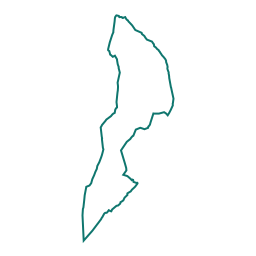 Santa María Tlalixtac, Oaxaca, Mexico (Equal Earth projection)
{"feature_id": "50627088B20001539199633", "entity_name": "Santa María Tlalixtac", "entity_type": "district", "adm_level": 2, "iso_a3": "MEX", "parent_name": "Mexico", "parent_adm1": "Oaxaca", "projection": "equal_earth", "projection_center": [-96.736, 17.917], "detail": "fine", "context": "isolated", "style": "outline", "palette": "teal", "viewbox_px": 256, "rotation_deg": 0, "n_neighbors": 0, "source": "geoboundaries", "source_scale": "gbopen_adm2", "svg_char_len": 2604}
<svg xmlns="http://www.w3.org/2000/svg" viewBox="0 0 256 256"><path d="M116.4,15.4L115.9,16.0L115.6,16.4L115.4,16.7L115.2,17.0L114.9,18.2L114.6,21.5L113.5,29.7L113.3,31.8L113.4,32.1L112.2,34.9L109.8,42.3L108.1,49.3L108.2,50.3L109.3,51.1L110.2,54.6L111.0,55.1L112.8,56.8L114.9,55.7L117.0,59.3L117.1,60.5L117.7,64.1L117.8,64.5L118.7,67.0L118.6,67.9L119.8,72.6L117.6,82.7L118.0,86.0L118.0,87.4L117.8,90.5L117.5,92.4L117.3,94.2L116.5,102.1L117.0,106.2L117.0,107.5L116.3,108.0L115.3,109.5L114.7,112.9L113.9,113.3L113.3,113.6L112.3,114.5L111.0,116.1L106.3,119.6L105.5,120.8L102.0,125.0L101.4,126.3L100.7,127.4L101.7,136.2L101.7,136.4L102.1,138.4L101.9,138.8L102.9,147.6L102.9,147.8L103.4,149.3L102.9,151.3L102.5,152.9L101.9,155.1L101.1,157.5L99.3,162.2L97.3,166.0L96.8,168.9L95.4,171.8L94.1,175.3L92.3,179.2L91.2,183.2L89.5,185.5L86.3,186.8L84.7,195.2L84.2,200.4L83.4,207.5L82.9,209.0L82.5,215.3L83.7,240.6L92.4,230.7L101.0,219.3L101.1,219.2L101.3,218.7L101.9,217.6L102.3,217.2L103.8,214.4L104.2,213.7L104.6,213.3L105.3,212.8L106.5,212.8L106.8,212.7L107.4,212.1L108.8,210.2L110.4,211.1L111.3,211.3L112.1,209.5L113.3,208.5L115.3,206.8L116.5,205.8L118.1,205.5L120.2,203.6L120.5,202.2L121.6,201.6L123.3,200.4L124.6,197.6L127.4,195.0L127.3,194.0L127.4,193.4L128.3,192.8L130.7,191.4L131.5,190.3L131.8,189.8L134.2,187.6L135.2,186.6L137.5,183.5L137.5,183.1L137.3,182.8L136.3,182.9L133.5,181.9L133.1,179.9L132.3,179.6L131.7,180.1L130.4,178.7L127.4,176.1L123.3,174.8L126.4,170.4L126.2,168.0L124.9,163.4L121.0,150.4L126.8,141.8L130.3,139.0L130.3,138.9L131.4,137.4L132.7,136.0L133.3,135.8L135.8,129.6L140.2,127.8L141.6,128.2L144.5,129.2L148.1,127.8L148.3,126.6L149.4,125.5L150.0,124.4L150.5,122.5L153.4,113.5L153.8,113.6L158.9,113.6L164.1,112.2L166.1,113.5L167.7,115.3L169.2,112.9L170.8,109.8L172.8,105.4L172.7,103.7L172.9,103.1L173.5,98.7L171.2,88.1L171.1,87.5L170.9,87.2L169.2,77.8L169.2,77.1L169.1,76.1L168.9,74.6L168.6,73.6L168.7,72.8L168.5,71.9L168.0,70.7L167.5,69.1L167.4,68.6L167.4,67.9L167.6,67.2L167.5,66.3L167.3,65.6L167.2,64.8L167.0,64.4L166.4,62.8L166.1,61.9L166.1,60.8L165.8,60.1L165.2,59.0L163.6,57.0L162.0,55.3L160.8,53.4L160.1,52.5L159.7,51.6L159.4,51.4L158.9,50.8L158.6,50.1L157.1,49.0L156.3,48.0L155.8,47.4L154.2,46.3L153.9,44.3L153.3,43.5L153.2,43.5L152.0,41.6L146.9,39.6L145.4,37.7L144.3,35.9L142.0,34.1L141.6,32.8L135.3,30.0L132.2,25.4L129.3,22.3L128.4,21.4L127.9,20.4L127.0,19.9L126.1,18.8L125.9,18.4L125.2,17.1L123.9,17.5L122.9,18.0L122.4,17.9L121.8,17.1L121.1,17.0L120.6,17.0L119.6,17.2L119.3,17.1L118.8,15.9L117.8,15.7L116.7,15.4L116.4,15.4Z" fill="none" stroke="#0f766e" stroke-width="2"/></svg>